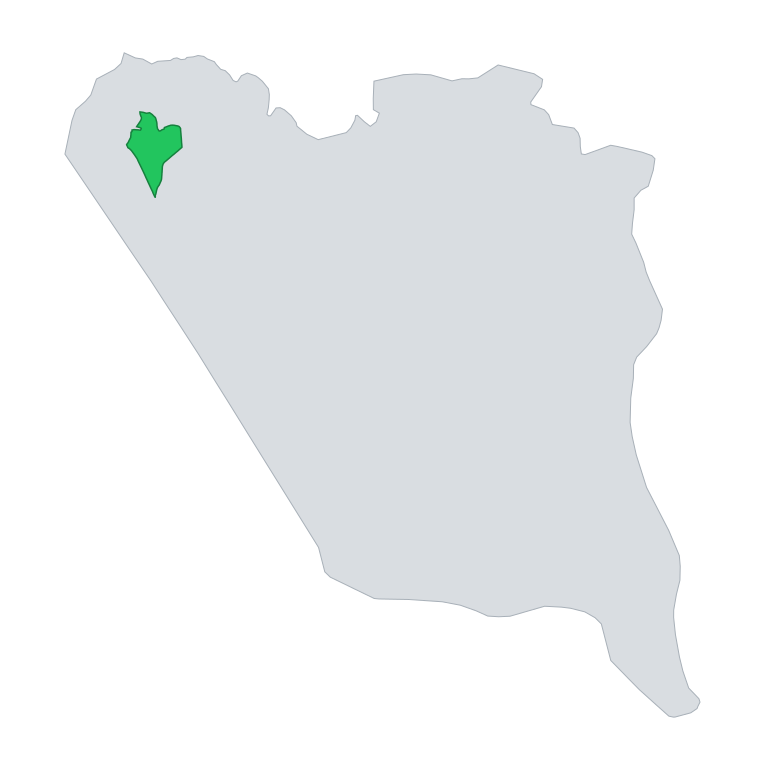 Shahba, As Suwayda', Syria (highlighted), rotated 92°
{"feature_id": "27442178B615257865565", "entity_name": "Shahba", "entity_type": "district", "adm_level": 2, "iso_a3": "SYR", "parent_name": "Syria", "parent_adm1": "As Suwayda'", "projection": "equal_earth", "projection_center": [36.676, 32.985], "detail": "fine", "context": "in_parent", "style": "filled", "palette": "green", "viewbox_px": 768, "rotation_deg": 92, "n_neighbors": 0, "source": "geoboundaries", "source_scale": "gbopen_adm2", "svg_char_len": 4484}
<svg xmlns="http://www.w3.org/2000/svg" viewBox="0 0 768 768"><g transform="rotate(92 384 384)"><path d="M74.0,236.1L81.4,237.0L97.1,247.2L99.7,246.9L104.4,233.4L109.1,228.8L118.8,224.8L121.6,203.0L126.1,198.8L131.6,196.6L139.9,196.1L147.2,194.8L147.7,191.0L137.5,165.8L138.4,159.5L143.3,134.2L146.4,124.3L149.4,121.1L161.0,122.4L177.1,126.8L181.4,134.0L189.4,140.5L201.2,140.1L214.9,141.3L225.6,141.7L234.2,137.2L253.4,128.7L263.0,125.9L271.6,122.1L299.5,108.3L310.7,109.3L318.3,111.1L324.2,113.3L337.4,122.8L348.3,132.4L356.0,135.2L369.7,135.0L389.5,136.9L413.8,136.7L428.0,134.1L446.1,129.4L478.2,118.0L520.3,94.4L545.1,82.9L555.8,81.6L569.8,81.4L583.9,84.4L599.8,86.6L607.2,86.4L624.3,84.0L646.5,79.2L660.4,75.3L677.2,68.9L687.5,58.3L690.9,57.1L695.3,59.1L697.4,59.8L701.9,65.9L706.7,81.5L706.8,83.3L706.0,87.7L695.3,100.6L680.7,118.0L670.2,129.1L652.4,147.7L638.9,151.7L616.2,158.4L610.2,164.9L604.7,175.4L601.6,189.8L600.8,198.9L600.5,215.7L606.2,233.2L611.7,250.0L612.6,261.2L612.3,272.2L607.5,283.9L602.4,300.0L599.6,318.2L598.5,352.4L599.0,381.5L598.7,386.3L589.6,406.9L578.9,431.0L573.8,436.6L549.6,443.7L523.2,461.4L493.7,481.2L466.9,499.2L438.7,518.1L409.4,537.7L388.5,551.8L360.4,570.6L334.8,588.5L308.8,606.8L289.0,620.6L259.0,642.6L241.3,655.5L215.4,674.4L192.5,691.1L165.4,710.9L131.4,705.0L120.6,701.6L111.8,692.2L105.4,687.1L89.3,682.0L79.1,664.3L72.9,658.0L62.1,655.2L66.8,643.9L67.7,636.4L72.3,627.3L69.4,621.4L68.1,608.7L66.0,605.6L65.3,602.3L66.9,598.2L66.3,594.0L64.5,592.3L63.7,586.0L62.2,581.3L62.9,575.6L65.3,571.9L67.8,564.8L70.6,562.7L75.2,558.2L76.4,553.6L80.5,549.1L85.9,545.4L87.2,542.4L86.4,540.7L80.9,537.3L78.0,531.4L80.6,522.9L82.4,520.2L85.7,516.1L93.0,509.8L98.7,508.7L103.7,508.7L112.0,509.2L118.5,510.4L120.1,508.7L119.9,506.7L111.9,501.5L111.5,497.4L113.5,493.0L119.2,486.0L125.9,480.9L129.4,480.0L137.1,469.8L142.1,458.3L134.1,430.5L129.2,426.1L121.4,422.3L116.8,421.7L116.4,419.9L122.6,412.8L127.0,406.7L122.2,400.9L113.5,398.1L110.2,404.2L99.1,404.7L81.7,404.6L74.2,375.4L73.1,362.7L73.4,348.0L78.7,326.6L76.2,316.7L76.1,310.0L74.8,300.9L61.2,281.1L68.7,244.9L74.0,236.1Z" fill="#d9dde1" stroke="#a8b0b8" stroke-width="1"/><path d="M140.7,595.7L140.1,595.8L138.3,596.0L137.7,596.1L135.9,596.2L135.0,596.7L133.9,597.7L133.6,598.2L133.3,599.2L132.7,603.0L132.7,604.4L132.8,605.9L132.8,606.0L133.2,607.1L133.6,608.3L133.8,608.8L134.7,610.8L135.3,612.3L135.8,612.6L136.3,612.5L136.6,612.6L137.0,612.8L137.4,614.1L137.5,614.4L137.7,614.8L138.6,616.0L138.8,616.4L138.9,616.8L139.0,617.4L139.0,617.5L138.5,618.0L138.0,618.3L137.5,618.7L136.9,619.2L134.3,619.8L134.2,619.8L133.7,619.9L132.0,620.0L130.1,620.3L128.6,620.8L128.3,620.9L128.1,620.9L127.9,621.0L126.3,621.5L125.5,622.0L125.1,622.5L123.9,623.9L122.9,624.9L122.1,626.1L121.1,627.7L121.6,630.1L121.7,631.1L121.0,633.7L120.8,635.2L120.6,637.4L121.0,637.4L122.5,637.2L123.4,636.9L124.7,636.4L125.8,635.8L126.5,635.7L127.9,635.8L130.0,636.8L131.9,638.0L132.5,638.3L132.9,638.6L133.3,638.9L133.7,639.1L134.4,639.6L135.0,639.9L135.5,640.2L135.7,639.1L135.8,638.8L135.9,638.5L136.0,638.0L136.1,637.5L136.7,635.8L137.1,635.5L138.0,635.8L138.8,636.2L138.8,637.1L138.6,638.3L138.6,639.0L138.6,639.7L138.6,640.5L138.5,641.6L138.5,642.3L138.5,642.9L139.0,644.7L139.4,644.6L139.7,644.7L140.3,644.6L140.8,645.0L141.2,645.6L142.2,645.6L142.5,645.6L142.9,645.6L143.4,645.6L143.7,645.6L144.0,645.6L144.6,645.7L146.6,645.8L147.5,646.3L150.3,647.6L151.6,648.1L152.9,649.1L153.9,649.6L155.4,648.8L156.7,648.2L157.2,647.6L157.4,646.9L159.5,644.6L160.1,644.1L161.4,643.1L164.2,640.9L164.4,640.8L165.5,640.0L167.4,638.6L169.7,637.5L172.0,636.3L176.5,633.9L178.6,632.8L181.3,631.4L183.7,630.2L186.2,629.0L188.5,627.8L190.8,626.7L192.9,625.6L195.1,624.5L197.5,623.3L199.5,622.2L201.6,621.3L204.7,619.7L205.3,619.3L205.3,619.2L204.5,619.2L204.4,619.1L204.2,619.2L203.6,619.2L202.9,618.9L201.7,618.6L198.2,618.0L196.3,617.5L195.1,617.0L193.8,616.2L193.0,615.6L191.2,614.9L189.2,614.1L188.8,613.9L188.4,613.8L187.2,613.5L185.6,613.4L184.6,613.4L182.8,613.3L181.3,613.3L180.0,613.2L178.8,613.2L176.5,613.1L174.8,613.1L174.1,613.0L173.3,612.8L172.0,612.5L171.4,612.1L170.6,611.7L170.0,611.2L169.2,610.3L168.1,609.0L167.5,608.4L166.0,606.7L165.1,605.8L164.1,604.7L162.6,603.1L162.1,602.4L160.7,600.9L159.5,599.6L158.5,598.4L157.4,597.3L156.1,595.9L155.5,595.3L154.7,594.3L154.3,594.2L153.3,594.3L151.3,594.5L150.1,594.7L145.8,595.1L142.7,595.5L140.7,595.7Z" fill="#22c55e" stroke="#15803d" stroke-width="1.5"/></g></svg>